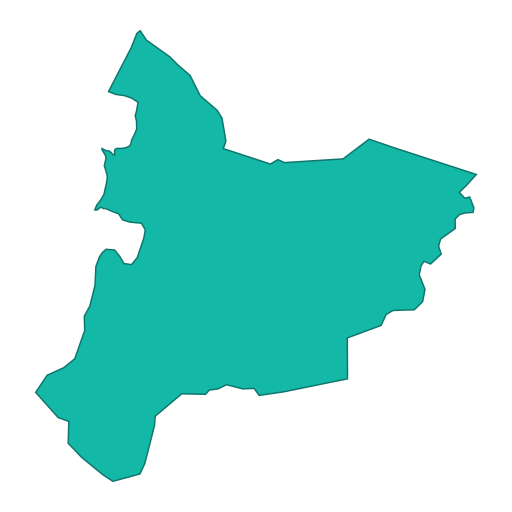 Akpabuyo, Cross River, Nigeria
{"feature_id": "59680162B58958286313368", "entity_name": "Akpabuyo", "entity_type": "district", "adm_level": 2, "iso_a3": "NGA", "parent_name": "Nigeria", "parent_adm1": "Cross River", "projection": "natural_earth1", "projection_center": [8.451, 4.951], "detail": "fine", "context": "isolated", "style": "filled", "palette": "teal", "viewbox_px": 512, "rotation_deg": 0, "n_neighbors": 0, "source": "geoboundaries", "source_scale": "gbopen_adm2", "svg_char_len": 1699}
<svg xmlns="http://www.w3.org/2000/svg" viewBox="0 0 512 512"><path d="M140.0,473.9L144.8,463.5L154.5,425.6L155.2,416.2L181.7,393.8L205.6,394.3L209.2,390.1L218.4,388.8L226.4,384.7L242.9,388.9L254.1,388.4L259.2,395.4L283.8,391.8L347.5,378.8L347.3,337.9L381.1,325.4L386.2,314.4L392.9,310.5L405.2,310.0L414.3,309.8L422.6,301.7L425.0,289.3L419.2,274.8L421.1,265.8L424.0,261.3L430.6,264.0L441.2,254.1L438.6,246.2L440.5,239.1L455.3,228.4L455.1,219.1L459.6,214.5L465.5,212.9L473.0,212.4L473.9,207.9L469.7,197.0L464.7,198.2L459.4,192.4L466.6,185.2L476.3,174.5L393.6,147.6L369.1,139.2L343.0,158.9L284.3,162.6L278.0,159.6L270.3,164.0L223.3,148.6L225.9,141.2L222.0,118.1L217.1,110.3L200.2,95.7L190.1,75.5L177.4,64.5L169.9,56.9L146.5,40.2L140.2,30.7L136.9,33.4L131.0,48.1L108.5,91.6L115.6,94.4L124.4,95.6L131.6,98.1L138.1,102.3L136.3,112.2L135.2,115.6L135.9,118.8L136.5,121.1L136.7,129.0L134.8,133.6L131.5,140.5L131.0,143.5L129.6,145.9L126.5,147.5L122.0,148.4L116.5,148.4L114.8,149.8L114.4,152.2L114.9,154.4L114.4,155.2L113.2,154.7L110.1,151.6L109.3,151.2L108.2,150.9L106.2,150.7L105.1,150.2L102.1,148.5L102.0,149.6L105.5,155.6L106.0,158.2L104.3,165.7L107.0,174.6L107.3,177.7L106.4,183.4L103.9,194.5L100.8,199.8L96.7,205.2L94.8,209.9L97.4,209.9L100.0,207.6L101.4,207.3L103.5,208.6L105.9,208.6L112.4,211.5L118.7,213.9L122.5,219.8L129.7,222.1L141.4,223.2L145.3,229.9L143.8,238.2L137.3,257.5L131.5,264.6L124.0,263.6L119.6,256.2L114.6,250.0L106.1,249.3L102.4,252.5L99.5,256.8L95.9,266.4L95.0,285.4L89.8,306.1L84.3,316.2L84.7,330.4L74.8,358.7L63.9,367.6L47.2,375.2L35.7,392.4L58.2,417.6L68.8,421.4L68.2,443.3L82.1,457.8L103.2,475.0L112.9,481.3L140.0,473.9Z" fill="#14b8a6" stroke="#0f766e" stroke-width="1.5"/></svg>